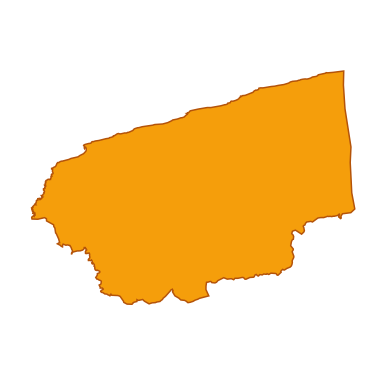 the district of Komenda-edina-eguafo-abirem Municipal, Central, Ghana, rotated 176°
{"feature_id": "2480657B89828953333594", "entity_name": "Komenda-edina-eguafo-abirem Municipal", "entity_type": "district", "adm_level": 2, "iso_a3": "GHA", "parent_name": "Ghana", "parent_adm1": "Central", "projection": "mercator", "projection_center": [-1.414, 5.13], "detail": "fine", "context": "isolated", "style": "filled", "palette": "amber", "viewbox_px": 384, "rotation_deg": 176, "n_neighbors": 0, "source": "geoboundaries", "source_scale": "gbopen_adm2", "svg_char_len": 6025}
<svg xmlns="http://www.w3.org/2000/svg" viewBox="0 0 384 384"><g transform="rotate(176 192 192)"><path d="M32.2,302.1L43.0,301.5L48.4,301.4L49.9,301.7L50.4,301.2L57.9,300.1L58.1,299.7L59.7,298.7L63.9,298.3L65.7,297.4L67.3,297.0L69.4,296.6L71.1,296.9L73.5,296.8L75.8,296.5L76.9,296.0L78.0,296.0L79.3,295.5L83.9,295.4L86.2,294.9L88.0,293.9L92.8,292.8L98.7,292.3L101.9,291.8L105.6,291.7L113.9,290.9L116.4,291.1L118.0,290.9L118.3,290.0L119.1,289.4L120.9,289.0L121.2,289.2L122.9,288.5L124.2,287.2L132.2,284.7L135.3,284.6L135.8,283.9L136.1,283.8L136.9,284.2L137.2,283.2L138.0,282.9L138.6,281.9L140.0,281.1L141.8,280.4L144.8,279.7L146.4,279.9L147.0,279.6L147.7,278.4L150.2,278.1L150.4,277.4L152.1,276.8L153.2,276.8L157.1,276.0L167.4,274.9L170.8,275.2L179.9,274.3L188.1,273.1L189.7,271.6L190.2,271.3L190.9,271.4L190.9,270.6L191.7,270.6L191.3,270.3L191.3,269.8L192.4,269.2L194.5,267.4L196.6,266.8L197.9,266.8L201.5,265.8L206.2,265.2L207.1,264.6L211.3,262.9L216.6,261.9L224.5,261.9L226.6,261.4L237.1,260.6L240.5,259.9L241.8,259.9L244.6,259.2L245.6,258.7L246.7,257.5L251.1,255.9L251.8,256.0L253.4,255.4L255.0,255.6L258.8,255.0L259.9,255.0L261.4,255.5L262.7,255.2L265.0,253.8L266.5,253.5L266.5,252.9L266.8,252.8L268.7,252.2L270.3,252.0L271.2,251.4L274.0,251.2L281.2,249.9L285.1,249.6L286.8,249.1L287.8,249.2L288.3,249.1L289.6,247.7L291.7,247.6L295.4,246.9L296.6,246.4L296.9,245.8L296.1,245.2L296.4,243.4L296.2,242.9L295.7,244.1L295.0,244.1L294.5,242.9L294.6,241.0L295.1,240.0L297.5,237.8L301.3,236.2L303.3,235.0L310.4,233.9L312.5,233.1L319.4,231.8L319.7,231.9L321.3,231.6L322.8,230.6L323.4,230.8L324.0,230.7L324.8,229.8L325.8,227.7L326.8,226.7L328.0,226.4L328.5,225.9L330.4,225.4L330.4,224.9L330.1,225.0L329.5,224.3L329.8,222.3L329.3,220.8L329.4,220.1L329.9,219.6L330.5,219.7L331.0,219.1L331.2,218.7L330.6,217.6L331.6,217.2L331.6,215.9L332.4,215.1L332.3,214.4L333.6,214.3L334.0,214.7L334.8,214.7L335.9,213.9L336.4,213.9L337.0,213.4L337.0,212.7L337.5,212.3L337.3,212.0L337.5,211.7L337.2,211.3L338.1,210.2L337.6,209.5L337.6,208.4L338.5,208.7L338.0,207.4L338.6,206.8L338.5,205.9L339.0,205.9L339.3,205.4L339.9,205.5L340.0,204.3L339.3,203.7L339.1,202.7L339.8,201.9L339.5,201.6L339.9,200.7L340.7,200.1L340.9,199.5L341.5,199.3L341.5,198.7L342.3,198.8L341.9,198.3L342.3,197.6L342.1,197.3L341.5,197.2L342.1,196.8L342.4,196.0L343.2,196.0L343.5,195.2L344.2,195.0L344.4,196.2L345.0,195.8L345.4,196.2L346.3,196.1L346.5,194.6L347.1,194.8L347.9,194.1L348.0,192.7L348.6,191.9L348.6,191.3L349.4,191.0L348.8,190.2L349.9,190.3L351.8,188.6L351.7,187.8L351.9,187.5L352.5,187.8L353.2,187.3L352.9,186.6L353.0,185.4L352.8,185.1L352.2,185.7L352.0,185.3L352.5,184.3L352.5,183.8L352.0,183.5L351.5,183.6L351.4,183.4L351.5,182.7L352.2,182.3L352.3,181.9L350.7,182.1L350.9,181.3L350.2,181.5L350.2,180.9L350.7,180.5L350.2,180.3L350.2,179.8L350.9,179.6L351.2,178.8L351.7,179.4L353.4,178.3L353.7,177.7L353.5,176.2L347.7,175.6L340.9,176.7L339.1,175.5L339.1,173.3L332.4,169.0L332.2,167.1L331.3,165.6L330.9,160.6L330.4,160.2L328.3,154.5L327.6,150.7L328.0,150.7L329.9,149.7L327.1,148.0L326.3,147.0L325.0,146.3L324.7,148.3L324.2,149.0L321.5,147.7L320.0,147.9L317.4,147.1L317.2,146.2L316.5,145.3L316.0,143.3L315.3,141.7L315.3,141.3L316.4,139.5L316.6,138.1L315.6,139.8L314.9,140.4L310.7,141.2L307.6,141.1L305.1,141.7L303.6,142.9L303.4,144.1L302.3,144.0L302.3,143.4L301.6,142.8L301.8,142.3L301.6,141.8L301.1,141.5L301.4,141.0L302.0,140.8L302.5,139.9L302.5,138.2L301.9,137.9L301.5,138.2L300.7,138.0L300.3,138.3L299.8,138.3L299.2,138.0L298.9,138.2L298.4,137.2L298.7,136.1L298.5,135.3L298.5,133.5L299.9,132.2L300.2,131.6L300.1,130.9L299.2,131.0L298.2,130.6L297.0,131.2L296.4,130.0L296.4,129.0L297.0,128.4L296.7,127.5L296.2,127.2L295.6,127.9L294.6,126.5L294.5,125.6L294.9,124.9L294.2,123.9L294.3,122.1L293.7,120.8L293.0,120.8L292.3,120.3L291.7,120.6L289.6,119.3L289.5,118.6L290.2,117.8L292.1,117.2L292.3,115.6L294.0,113.4L292.9,111.7L292.2,111.7L290.8,110.6L289.7,110.2L289.0,109.7L288.7,109.0L289.2,106.8L289.6,106.3L291.1,105.7L291.0,105.2L290.2,103.5L290.3,102.6L288.1,102.4L287.3,101.3L287.5,101.0L289.4,100.2L289.9,99.5L290.0,99.0L289.2,98.2L287.8,97.8L286.1,96.4L284.1,96.1L282.8,95.1L281.8,94.8L281.5,94.3L281.0,94.2L280.0,95.7L279.3,94.6L273.3,93.9L272.1,93.5L271.0,92.9L268.0,87.9L267.7,86.6L264.6,84.7L259.7,84.2L258.8,85.0L258.8,85.3L257.5,86.1L254.6,86.6L254.4,88.4L253.5,87.8L252.7,87.6L248.7,88.2L247.1,86.4L242.6,83.4L239.6,84.2L236.2,84.2L234.8,84.7L231.6,85.0L230.4,86.0L229.0,86.8L228.1,88.1L225.7,89.8L220.5,94.9L220.2,95.5L218.4,96.4L217.8,94.7L218.3,94.3L218.3,93.6L216.3,89.6L212.6,87.1L210.7,85.1L206.9,84.4L205.6,83.6L203.8,81.9L201.6,82.1L198.7,82.8L196.2,84.0L193.7,84.6L192.0,85.4L182.5,87.2L184.9,93.7L184.6,97.2L183.8,100.9L182.2,101.0L180.1,101.5L179.3,101.3L178.5,100.2L175.4,99.7L173.8,100.3L172.4,101.8L166.3,104.3L162.9,102.6L158.9,102.8L156.5,101.6L155.2,102.9L152.3,102.7L147.8,103.3L146.5,103.0L145.3,101.4L144.3,101.2L140.3,102.7L136.6,102.7L135.9,103.1L135.0,104.7L133.7,105.3L132.5,103.9L131.5,103.6L130.2,104.9L127.7,104.4L126.1,105.2L124.4,104.8L123.2,104.8L122.8,105.3L121.3,104.4L120.8,104.5L119.3,105.4L118.8,105.5L114.4,104.9L113.8,104.7L112.8,103.1L111.8,103.1L108.7,105.7L109.0,106.4L108.9,106.7L108.2,107.5L106.9,108.5L105.6,107.7L104.5,108.1L102.8,109.1L99.2,110.3L98.0,111.4L97.3,112.9L96.8,114.9L96.9,115.8L96.7,116.8L95.1,119.5L94.9,120.8L96.2,125.2L96.2,125.6L95.0,127.3L95.0,128.2L97.3,131.5L96.3,135.4L95.6,136.9L94.7,137.7L94.2,137.8L93.7,140.4L94.1,141.9L95.4,143.5L94.6,145.8L93.3,146.3L91.4,146.7L85.6,142.3L83.3,144.2L82.6,145.5L83.0,148.9L83.4,149.6L83.3,150.4L82.7,150.9L81.7,151.2L80.9,152.9L79.6,154.1L75.5,154.4L73.9,153.7L68.5,157.1L67.5,157.4L65.1,157.5L62.3,157.3L58.4,158.3L57.3,158.0L56.0,158.1L54.2,157.7L53.0,158.0L51.7,157.9L48.2,158.5L46.7,159.7L46.4,159.3L47.4,157.1L47.3,156.7L46.4,156.2L46.0,155.3L45.6,155.1L45.0,155.6L45.1,157.0L44.9,157.8L43.4,159.8L35.0,160.3L30.8,163.7L32.7,180.0L32.1,210.4L30.3,225.8L33.6,264.4L33.5,288.1L32.2,302.1Z" fill="#f59e0b" stroke="#b45309" stroke-width="1.5"/></g></svg>